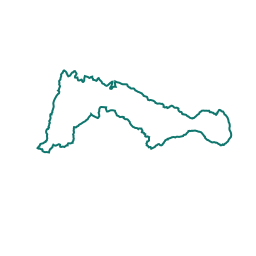 the district of Dos de Mayo, Huánuco, Peru, rotated 39°
{"feature_id": "86281439B79101978264301", "entity_name": "Dos de Mayo", "entity_type": "district", "adm_level": 2, "iso_a3": "PER", "parent_name": "Peru", "parent_adm1": "Huánuco", "projection": "albers", "projection_center": [-76.617, -9.7], "detail": "fine", "context": "isolated", "style": "outline", "palette": "teal", "viewbox_px": 256, "rotation_deg": 39, "n_neighbors": 0, "source": "geoboundaries", "source_scale": "gbopen_adm2", "svg_char_len": 5749}
<svg xmlns="http://www.w3.org/2000/svg" viewBox="0 0 256 256"><g transform="rotate(39 128 128)"><path d="M70.4,200.6L71.7,200.2L71.9,199.8L72.3,199.4L73.1,199.5L74.0,199.1L74.6,198.5L75.2,198.7L75.8,199.6L76.9,199.6L78.1,199.3L78.6,199.1L79.9,197.9L82.0,196.7L81.4,195.6L80.8,193.6L80.9,192.9L81.2,192.5L81.1,191.7L81.4,190.6L80.9,189.8L80.5,188.0L81.8,187.9L82.4,187.4L83.0,187.2L84.5,184.1L85.8,183.7L86.6,184.8L87.1,185.2L87.9,184.9L89.1,183.4L90.5,182.8L90.5,182.2L90.8,181.8L91.1,180.3L92.0,179.5L91.4,178.9L91.2,177.5L93.2,176.0L93.5,175.3L94.3,174.3L93.6,173.6L93.5,172.1L93.1,171.8L92.7,170.5L91.2,169.3L90.6,168.3L89.5,167.7L88.9,165.6L88.2,164.8L87.5,164.5L87.1,163.5L86.4,162.8L85.5,161.3L86.1,160.8L86.9,160.6L87.4,159.9L87.3,159.1L88.1,157.6L87.9,156.8L88.1,155.9L88.8,154.4L89.6,151.7L90.6,149.4L90.6,147.7L91.1,147.1L91.2,146.6L90.8,144.8L90.8,143.2L91.0,141.2L90.6,140.4L91.8,140.6L93.9,140.4L94.5,140.1L95.8,140.0L96.5,139.7L98.1,139.4L98.4,139.0L98.2,138.2L98.4,137.2L98.2,136.8L97.0,135.6L95.5,134.6L95.2,133.2L94.1,131.8L93.6,130.7L93.5,129.2L94.0,128.5L98.0,125.7L98.5,126.8L100.2,127.9L101.2,128.4L102.0,127.8L103.2,125.4L103.7,124.9L105.0,123.8L107.0,122.8L107.9,123.5L110.5,124.6L111.1,125.1L111.6,125.2L113.0,124.7L114.9,124.6L116.4,123.0L117.5,122.3L118.0,122.2L118.3,123.0L119.7,123.0L120.3,122.9L121.6,121.9L122.3,121.6L125.6,122.2L126.4,123.0L128.7,123.7L131.3,124.0L132.6,123.5L133.4,123.5L135.1,122.4L135.7,122.3L136.6,122.4L136.6,121.9L136.9,121.4L138.8,120.0L139.5,120.5L140.7,120.8L141.3,122.6L142.0,122.5L142.9,121.8L143.6,121.8L144.3,122.4L145.3,121.9L146.6,123.6L147.6,123.4L148.3,122.4L148.7,122.1L149.9,122.2L150.2,121.9L150.6,122.6L152.2,124.5L152.0,125.7L151.4,126.4L152.0,127.6L152.0,128.4L153.0,128.9L153.4,129.7L154.8,129.4L156.4,129.9L157.2,128.8L157.5,128.6L159.1,129.5L160.8,125.8L160.7,124.2L161.3,123.2L161.4,122.2L161.7,121.6L162.2,121.0L163.9,121.1L165.0,120.3L165.3,119.0L165.0,118.5L165.0,117.8L165.2,117.4L164.9,115.8L165.0,114.9L164.7,114.2L165.3,112.7L166.1,111.9L165.7,111.4L166.3,110.8L166.6,109.9L167.1,109.4L167.6,108.5L167.7,107.9L168.1,107.6L168.7,106.6L170.0,105.8L170.7,105.6L171.1,104.5L171.7,103.8L173.3,102.8L175.9,99.6L175.7,98.9L175.9,98.0L176.5,97.5L177.1,96.5L176.9,95.5L177.2,93.1L176.9,92.3L177.5,92.0L177.7,91.4L178.7,90.9L179.4,89.8L179.9,89.7L181.1,88.4L181.9,87.7L184.2,86.7L185.0,86.6L185.7,86.0L187.7,85.3L191.6,86.1L192.5,86.5L193.2,86.3L194.2,87.2L197.3,87.4L197.9,86.9L199.9,86.8L202.4,86.3L202.9,85.9L203.3,85.3L204.3,84.5L205.5,84.2L205.8,83.8L206.8,83.4L208.3,83.5L209.7,83.0L210.6,83.3L211.0,83.1L211.7,82.3L211.8,81.3L212.8,81.2L213.2,80.7L213.0,79.6L213.7,78.3L213.7,77.3L214.1,75.5L213.6,73.5L213.6,70.1L213.0,69.0L211.9,67.7L210.6,66.7L208.1,65.6L206.8,64.2L206.1,62.7L204.9,61.4L203.9,60.6L202.6,60.1L200.8,58.5L198.6,57.2L195.6,56.5L194.5,56.8L193.4,56.1L191.5,55.4L190.1,56.2L188.9,55.9L187.8,56.3L187.4,56.9L187.8,58.6L187.6,59.8L188.2,60.4L188.2,62.3L187.9,62.4L186.7,62.1L186.0,62.8L184.7,62.5L184.2,62.9L182.7,63.3L181.8,64.2L181.4,64.2L180.8,63.7L180.2,63.5L178.9,64.7L177.9,65.3L176.7,66.4L175.9,66.8L174.5,68.1L174.3,69.5L173.8,70.8L174.3,72.2L173.6,74.2L173.4,76.5L173.1,77.4L173.0,78.6L172.8,79.0L172.2,79.3L172.1,80.0L171.2,80.5L169.6,81.1L167.6,81.0L167.0,81.4L166.0,81.4L165.1,81.2L164.4,81.4L163.3,82.1L162.6,82.2L162.3,82.7L161.4,83.0L159.7,82.0L159.1,82.1L158.2,82.8L156.6,82.7L155.5,82.1L155.1,81.2L154.5,81.1L154.0,81.3L153.1,81.5L152.6,82.1L151.6,82.8L150.7,83.0L149.0,82.8L148.0,83.1L147.6,83.5L147.5,84.4L147.0,84.9L146.8,86.4L146.5,86.7L146.3,87.5L146.1,87.7L145.5,87.3L144.8,87.4L144.4,88.1L143.4,89.0L142.8,89.0L142.3,89.2L141.9,88.4L140.9,87.7L139.3,87.7L138.8,88.3L137.2,89.0L135.4,90.7L134.5,90.8L133.6,91.2L133.3,90.9L132.0,90.7L130.4,90.9L128.1,91.9L127.6,92.3L127.3,92.9L125.8,93.5L124.0,92.3L123.1,91.9L119.9,93.2L119.1,92.7L117.8,92.7L117.1,92.4L113.6,93.3L113.1,93.6L110.7,93.9L110.2,94.2L108.1,93.6L107.2,93.9L106.1,95.0L104.9,95.6L103.9,95.3L103.2,95.7L101.2,95.6L100.6,95.0L99.6,94.8L96.4,97.3L95.5,97.7L92.7,98.3L90.6,99.4L88.9,99.8L89.2,100.1L89.1,100.9L89.3,101.4L90.3,101.9L91.3,103.1L92.5,103.7L91.0,104.8L90.5,105.6L90.6,107.9L90.2,108.3L89.3,108.6L88.9,108.1L88.7,107.1L88.7,106.0L88.1,104.3L87.4,103.2L86.8,101.8L86.4,102.2L86.3,103.0L85.9,104.0L85.3,107.9L84.7,108.8L83.2,109.1L81.8,108.9L80.1,109.5L79.4,109.3L78.3,108.6L75.5,108.4L73.8,107.7L73.5,108.3L73.4,108.9L73.9,110.5L73.7,111.3L72.2,111.6L70.6,112.5L70.3,112.3L69.9,111.8L68.9,111.7L67.9,110.6L67.1,111.7L66.7,113.3L66.3,113.5L64.7,113.6L61.8,114.8L62.9,117.1L64.2,118.8L64.3,120.2L64.0,120.6L63.1,120.6L62.0,119.7L61.5,119.6L61.2,119.8L60.5,121.4L59.4,122.3L58.9,122.2L56.9,120.6L56.1,121.5L55.1,122.1L54.7,121.8L54.2,121.0L54.2,118.9L53.7,118.0L51.9,117.6L51.5,117.3L50.9,117.2L50.3,118.0L50.3,119.5L49.8,119.9L49.7,120.9L50.0,123.7L49.1,125.4L47.9,125.1L47.1,124.4L46.2,124.4L45.4,123.6L43.6,123.3L42.9,123.6L42.1,123.5L41.9,123.9L41.9,124.5L42.5,126.3L42.2,127.1L42.4,128.7L43.4,129.6L44.1,131.6L44.9,132.7L44.9,134.8L45.7,135.7L46.4,136.1L47.0,137.4L48.9,138.3L49.7,140.8L50.3,141.8L50.1,142.9L50.9,142.9L51.8,143.1L52.5,144.3L52.5,144.8L52.2,145.5L52.2,147.9L52.8,151.4L53.4,153.6L54.0,155.0L54.5,155.9L56.6,157.9L57.3,159.1L58.6,162.6L59.3,163.3L59.4,164.6L60.0,165.5L59.2,165.9L59.1,166.3L59.7,167.0L60.0,167.7L60.5,168.0L61.6,169.0L62.3,170.7L62.4,172.2L64.1,173.2L64.1,174.2L64.9,175.3L65.4,177.1L65.6,177.4L66.2,177.3L66.6,178.9L66.0,179.5L65.8,180.3L66.2,181.3L66.3,181.9L67.3,183.0L68.0,183.4L69.2,183.7L70.1,185.3L71.8,186.9L72.3,188.2L72.7,188.7L72.7,189.4L72.3,189.9L72.7,190.7L72.0,191.6L71.8,193.0L70.0,195.5L70.1,196.4L70.6,197.2L70.3,198.3L70.4,199.4L70.2,200.2L70.4,200.6Z" fill="none" stroke="#0f766e" stroke-width="2"/></g></svg>